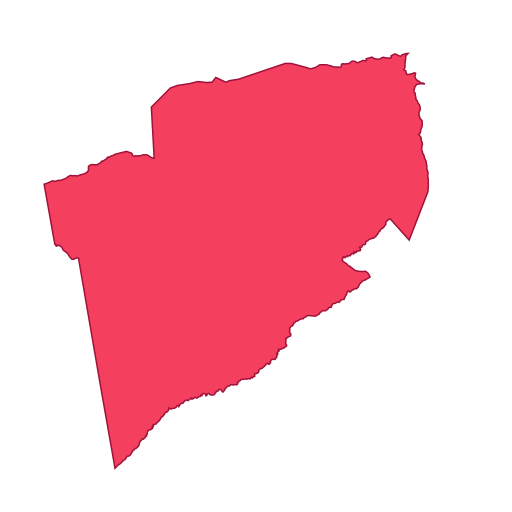 outline of Jáchal, San Juan, Argentina, rotated 80°
{"feature_id": "61730980B94061248290097", "entity_name": "Jáchal", "entity_type": "district", "adm_level": 2, "iso_a3": "ARG", "parent_name": "Argentina", "parent_adm1": "San Juan", "projection": "orthographic", "projection_center": [-68.237, -30.298], "detail": "fine", "context": "isolated", "style": "filled", "palette": "rose", "viewbox_px": 512, "rotation_deg": 80, "n_neighbors": 0, "source": "geoboundaries", "source_scale": "gbopen_adm2", "svg_char_len": 6012}
<svg xmlns="http://www.w3.org/2000/svg" viewBox="0 0 512 512"><g transform="rotate(80 256 256)"><path d="M91.2,333.2L142.0,339.3L141.1,341.7L137.9,345.2L137.2,346.6L136.8,349.5L137.1,351.7L137.1,354.2L136.4,357.3L136.5,358.4L136.1,359.5L135.8,360.0L133.9,360.3L133.0,360.8L130.5,365.3L131.3,377.1L132.1,379.0L132.4,381.5L133.4,383.7L132.8,384.3L132.9,384.8L133.3,385.6L134.0,385.8L134.8,386.9L134.7,387.6L136.0,390.1L136.0,390.7L135.7,391.2L137.4,393.5L137.8,395.0L138.5,396.4L138.4,398.1L137.4,401.8L137.7,403.7L138.6,405.4L142.7,406.2L144.1,407.7L145.4,411.3L145.4,413.7L146.2,418.1L145.4,420.2L145.2,422.7L144.4,424.7L145.2,427.3L146.4,429.5L147.6,435.1L147.1,438.1L147.4,438.9L147.6,441.2L146.6,443.3L148.0,448.7L148.5,452.2L209.5,452.1L210.4,450.9L211.2,451.3L211.5,451.0L211.7,450.4L211.0,449.1L211.0,448.7L213.4,445.8L216.7,444.8L220.4,441.4L224.8,439.5L227.2,437.9L227.6,436.5L226.6,432.4L227.1,431.2L358.4,431.7L440.6,431.7L437.9,428.1L437.2,426.2L436.0,424.3L435.1,423.3L433.2,419.7L430.9,417.8L430.9,415.9L430.1,414.3L426.9,411.5L426.2,411.2L426.0,409.9L424.6,408.6L424.7,407.6L422.7,404.5L419.5,403.1L418.1,401.9L417.7,400.9L416.4,400.1L416.3,399.6L416.9,398.7L415.4,396.6L414.5,396.2L414.3,395.0L413.3,395.0L412.5,394.1L410.5,393.6L408.9,392.0L408.6,391.3L408.9,390.0L408.1,388.9L408.0,388.2L407.3,387.5L406.3,388.0L405.8,386.6L404.7,386.8L404.3,386.4L404.4,385.2L404.0,384.5L404.1,383.6L402.8,382.2L401.4,379.8L398.4,377.2L397.9,375.8L396.2,374.1L396.2,373.8L394.9,373.1L394.4,372.2L394.1,370.6L393.2,369.4L391.8,368.4L390.6,368.3L391.7,366.9L391.9,366.0L391.6,364.1L391.8,362.8L390.8,360.5L389.7,359.6L389.6,358.3L390.8,358.1L388.9,356.4L388.3,355.6L388.1,353.2L386.4,351.7L386.3,350.8L385.7,349.9L386.0,348.8L386.7,348.1L384.7,344.5L384.8,344.0L385.8,344.0L385.8,343.7L385.7,342.8L384.6,340.8L384.7,340.2L385.6,339.1L385.7,338.6L384.6,336.9L384.7,335.4L384.3,334.8L383.5,334.6L383.5,334.0L384.0,333.4L382.8,332.8L382.3,332.1L382.6,330.6L383.2,329.7L384.7,329.8L384.9,329.5L384.9,328.9L383.5,327.8L383.1,326.7L383.5,325.9L384.3,325.6L384.8,325.0L385.3,323.7L385.4,322.4L385.3,321.2L384.9,320.6L383.9,320.2L383.4,319.1L382.4,318.6L382.3,316.7L381.6,316.3L381.0,314.9L381.6,313.7L384.0,312.6L384.2,312.0L382.7,310.3L381.4,309.4L380.3,307.8L379.5,307.0L379.2,305.8L379.4,304.7L378.3,303.0L379.1,300.6L379.0,299.0L379.5,297.3L378.8,296.2L377.2,296.2L377.0,295.0L376.3,294.4L376.1,293.4L375.0,292.2L375.3,288.8L375.1,287.7L375.7,286.6L375.4,284.7L376.0,283.4L375.4,282.2L374.7,281.6L374.9,280.9L375.3,280.6L374.5,279.8L374.4,278.2L374.0,278.0L372.7,278.1L371.7,277.7L371.9,276.1L371.2,274.0L370.2,273.3L369.2,273.3L368.6,272.6L367.8,271.1L367.6,269.4L365.0,265.3L363.8,264.4L363.6,263.3L364.8,262.5L365.0,261.9L363.4,260.1L362.2,260.1L360.8,258.8L360.6,258.1L361.1,255.6L360.9,254.9L360.2,254.7L359.8,253.7L359.4,253.3L356.9,252.3L356.5,251.8L356.3,252.5L355.4,252.6L354.9,251.6L354.2,251.1L353.8,250.0L353.3,249.8L352.2,250.3L351.8,250.1L352.2,248.9L352.1,247.5L351.2,243.9L350.3,243.0L350.4,242.3L349.8,241.4L348.3,241.5L347.8,241.9L345.2,241.6L344.3,241.0L342.9,241.3L341.3,238.3L340.7,235.8L338.6,235.3L337.0,236.3L336.4,236.2L335.6,235.6L333.6,235.6L331.5,234.0L331.2,232.4L330.3,231.4L329.0,230.7L328.3,229.3L327.3,228.3L327.2,226.6L326.8,225.2L326.2,224.3L325.7,222.3L326.1,220.8L325.0,219.2L324.6,217.4L323.9,216.7L323.8,215.9L323.7,214.7L325.6,207.8L324.8,206.0L324.3,204.1L323.1,203.1L322.1,201.1L321.3,200.0L322.0,197.6L322.0,197.0L320.7,194.3L319.4,193.0L319.3,192.1L319.6,190.8L316.5,189.1L316.2,185.6L315.7,184.5L315.5,183.3L316.1,182.3L314.1,179.7L313.9,178.6L314.0,176.8L311.4,175.2L309.5,173.4L307.9,172.9L306.9,171.5L306.5,170.8L307.8,169.7L307.8,169.4L306.5,167.8L306.0,165.6L305.2,164.3L305.7,163.1L305.6,162.6L304.5,160.9L301.6,158.8L298.8,154.7L298.7,152.9L296.5,147.3L292.6,148.5L290.2,150.6L289.9,151.4L289.8,153.9L288.6,158.4L287.2,161.2L282.4,165.4L281.3,167.0L279.5,168.0L276.7,171.0L274.7,171.9L274.1,171.3L272.1,170.3L271.9,169.6L273.0,168.9L273.1,168.3L271.8,167.0L272.5,165.8L271.7,165.4L271.5,165.0L272.1,163.6L272.1,163.0L270.1,161.5L270.9,159.5L270.4,159.0L269.4,159.2L268.9,158.9L269.9,157.7L270.0,157.0L269.8,156.5L268.8,156.4L268.7,156.0L268.9,152.7L268.3,152.0L267.5,151.8L265.7,152.6L265.3,152.4L265.6,150.5L264.8,149.7L263.7,149.2L263.5,148.1L263.6,146.6L263.0,146.0L260.9,145.3L260.3,143.1L259.6,142.3L259.1,140.9L258.7,136.7L257.5,134.7L255.1,131.9L253.7,131.1L253.1,129.7L251.1,128.3L250.4,125.9L248.6,123.9L247.3,122.6L244.8,122.1L243.0,118.8L242.7,117.4L266.9,102.4L222.8,75.7L220.6,75.0L216.4,74.0L212.4,73.5L210.8,73.1L207.3,73.0L203.7,72.1L199.3,72.7L197.3,72.1L193.0,72.2L192.5,72.0L188.3,73.1L186.0,73.1L183.8,74.0L182.1,74.0L179.5,74.5L177.5,73.6L176.3,73.5L174.9,72.6L173.3,72.8L172.7,72.6L171.5,73.2L167.9,72.9L164.5,74.7L164.2,73.8L163.2,72.8L159.5,71.4L157.2,69.9L155.9,69.6L151.7,68.9L148.7,70.7L147.2,70.7L146.1,71.0L143.1,70.6L140.1,68.7L137.7,68.5L135.0,69.0L133.9,69.7L131.1,70.4L128.8,71.4L127.7,71.0L124.7,71.2L123.4,70.9L121.9,71.9L120.9,71.8L117.3,70.3L115.0,68.1L114.8,64.5L115.9,59.8L114.7,61.4L114.4,63.4L112.6,64.7L111.9,65.8L110.0,67.6L107.6,68.3L105.9,68.1L103.9,67.1L103.3,67.6L103.1,68.8L103.5,70.0L103.5,71.8L103.8,72.4L103.7,74.5L103.0,76.3L99.8,76.3L99.2,76.8L98.9,77.7L98.1,78.1L96.7,76.9L94.9,76.2L92.7,76.0L86.8,74.1L85.7,74.1L84.4,73.1L82.9,71.1L82.7,73.1L83.2,76.9L84.4,78.9L83.5,80.7L81.5,83.2L81.2,84.6L82.4,88.3L83.9,88.3L84.3,88.8L84.3,89.8L83.6,93.3L82.4,96.1L82.6,98.0L83.4,99.1L83.5,101.2L82.2,105.3L80.3,107.2L80.9,113.3L82.6,113.2L82.8,114.4L82.0,116.2L82.1,117.1L83.3,122.0L83.3,122.5L81.4,124.9L80.9,126.7L80.9,127.9L82.6,131.0L82.3,135.1L81.6,137.6L82.4,138.7L83.2,138.7L84.0,139.2L84.6,139.8L84.8,140.5L84.0,142.9L83.6,145.7L79.9,153.3L78.8,159.5L79.0,160.7L80.5,163.9L81.2,169.1L80.6,171.0L79.2,173.5L72.5,187.9L71.4,193.6L78.9,242.7L78.7,251.6L79.6,255.5L73.2,264.6L77.2,269.0L76.6,274.4L74.1,283.0L74.7,292.0L74.4,303.7L75.7,311.2L91.2,333.2Z" fill="#f43f5e" stroke="#9f1239" stroke-width="1.5"/></g></svg>